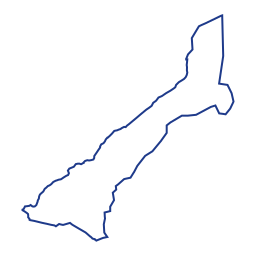 Gbarma, Gbapolu, Liberia
{"feature_id": "62588387B9251982733395", "entity_name": "Gbarma", "entity_type": "district", "adm_level": 2, "iso_a3": "LBR", "parent_name": "Liberia", "parent_adm1": "Gbapolu", "projection": "natural_earth1", "projection_center": [-10.728, 7.196], "detail": "fine", "context": "isolated", "style": "outline", "palette": "blue", "viewbox_px": 256, "rotation_deg": 0, "n_neighbors": 0, "source": "geoboundaries", "source_scale": "gbopen_adm2", "svg_char_len": 2926}
<svg xmlns="http://www.w3.org/2000/svg" viewBox="0 0 256 256"><path d="M222.2,15.4L221.2,15.7L205.7,23.2L201.6,25.0L198.9,26.3L191.8,38.1L192.5,49.5L188.0,54.4L186.0,59.4L185.3,59.6L187.2,59.4L187.3,59.4L187.0,62.6L186.7,65.0L187.0,67.2L186.9,70.4L187.3,72.6L186.7,75.1L185.6,77.3L185.4,77.5L184.9,78.0L184.1,78.9L181.6,80.5L178.8,82.2L178.1,82.9L176.1,84.9L175.3,87.2L175.2,87.3L173.8,88.4L173.5,88.6L170.4,90.7L166.2,93.1L161.8,96.1L159.0,97.3L158.5,97.5L157.1,99.4L156.1,100.7L155.6,101.1L153.2,102.8L152.4,104.4L151.6,105.9L148.9,107.9L146.8,109.3L146.1,109.8L140.9,114.1L136.1,118.2L135.0,119.1L129.0,124.1L126.9,125.7L125.7,127.1L124.1,126.9L122.1,127.9L120.9,128.7L120.6,129.0L118.5,129.7L117.2,130.3L115.6,130.6L114.3,130.9L112.0,133.6L109.6,136.0L108.8,136.7L107.7,137.7L107.4,137.6L105.8,139.4L104.9,141.4L103.5,143.2L101.3,144.3L100.7,145.3L100.1,146.5L100.1,146.9L100.1,147.5L99.5,148.4L98.7,149.5L96.5,152.8L94.3,156.0L94.2,157.3L94.2,158.0L93.6,159.1L93.4,159.5L92.7,159.7L91.3,160.1L89.1,160.5L87.3,160.2L85.2,160.9L84.8,161.2L83.5,162.6L83.6,162.9L83.1,163.1L81.5,164.0L81.1,164.2L80.4,164.0L79.6,163.7L77.7,163.7L75.8,164.1L75.0,165.2L74.9,165.3L73.9,166.7L73.0,167.1L69.3,168.6L68.6,169.6L67.9,170.6L68.3,171.6L68.9,173.1L68.9,173.3L68.7,173.7L68.1,175.0L66.3,175.8L63.4,177.6L62.6,178.2L60.9,179.3L58.6,179.7L56.8,180.4L56.1,180.6L55.7,180.7L53.8,181.7L53.1,182.1L52.6,182.7L51.3,184.1L50.9,184.4L50.8,184.5L49.5,185.4L48.7,185.7L47.8,186.1L46.2,187.7L45.0,188.6L44.7,188.9L43.3,191.5L40.9,193.6L39.9,194.6L39.4,195.8L39.1,196.6L39.0,197.5L38.8,198.7L37.8,200.4L37.6,201.7L36.3,205.1L34.8,206.4L33.7,206.6L32.4,206.4L30.6,205.0L29.4,205.8L27.6,206.1L26.9,206.2L25.0,206.4L24.3,207.8L23.6,209.1L22.5,209.6L22.5,209.8L22.5,210.2L24.4,211.3L24.7,211.5L27.0,213.1L28.0,214.0L28.2,215.4L28.2,216.6L28.2,217.4L28.7,217.9L28.9,218.2L29.5,218.9L29.5,219.8L30.0,220.1L34.2,220.9L41.6,222.7L42.0,222.8L46.2,223.7L46.3,223.7L51.0,224.8L54.4,225.4L54.6,225.5L55.9,226.3L59.1,224.0L61.0,224.5L62.9,224.9L63.2,224.9L65.6,224.2L70.0,222.9L72.0,224.5L72.6,224.9L78.7,228.5L82.0,230.4L85.6,232.5L86.5,233.3L87.0,233.7L90.3,236.6L90.5,236.6L91.4,237.4L91.6,237.6L92.5,238.6L94.6,239.1L94.7,239.5L95.2,239.6L95.3,239.6L96.3,240.6L100.5,238.9L103.1,237.9L107.3,237.0L104.7,233.2L104.3,232.6L104.1,229.4L103.8,224.3L104.8,219.4L105.0,218.6L104.8,216.7L104.6,212.5L110.2,211.1L110.2,206.7L114.0,200.2L113.8,198.8L112.8,192.7L116.2,189.6L116.0,187.7L115.8,186.1L118.1,184.4L124.1,179.1L125.3,178.8L130.5,177.7L133.8,172.4L134.0,172.2L134.3,171.6L137.3,165.9L145.2,155.8L152.4,151.3L160.0,142.1L161.1,140.8L161.4,140.3L166.7,132.9L166.7,128.1L166.7,125.4L170.5,122.4L181.8,115.7L187.5,115.7L196.1,114.8L210.9,106.9L215.4,105.5L219.2,113.4L223.2,113.9L225.6,114.3L230.2,108.6L233.2,102.3L233.5,101.5L231.6,93.2L229.2,88.3L227.5,84.9L220.2,83.8L219.1,83.6L223.2,56.0L222.2,15.4Z" fill="none" stroke="#1e3a8a" stroke-width="2"/></svg>